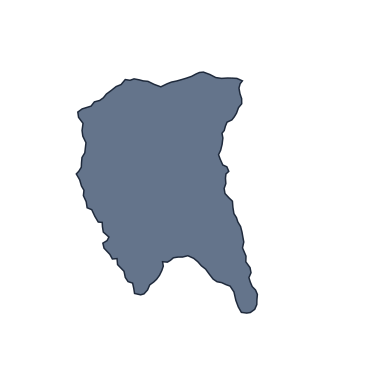 Arapuá, Minas Gerais, Brazil (Equal Earth projection), rotated 144°
{"feature_id": "56859067B22852370679078", "entity_name": "Arapuá", "entity_type": "district", "adm_level": 2, "iso_a3": "BRA", "parent_name": "Brazil", "parent_adm1": "Minas Gerais", "projection": "equal_earth", "projection_center": [-46.116, -19.025], "detail": "fine", "context": "isolated", "style": "filled", "palette": "slate", "viewbox_px": 384, "rotation_deg": 144, "n_neighbors": 0, "source": "geoboundaries", "source_scale": "gbopen_adm2", "svg_char_len": 1992}
<svg xmlns="http://www.w3.org/2000/svg" viewBox="0 0 384 384"><g transform="rotate(144 192 192)"><path d="M298.1,143.7L294.0,139.0L290.7,137.8L285.5,138.9L280.8,141.7L275.9,141.7L272.0,142.2L267.3,143.7L262.6,146.2L258.8,148.9L256.8,152.9L253.1,149.7L249.6,149.4L245.7,149.7L241.6,147.6L237.8,144.9L232.8,142.9L229.6,137.3L228.3,132.2L227.8,126.8L226.3,121.6L226.3,115.4L226.1,109.1L224.5,104.7L221.3,101.3L218.9,97.0L216.5,93.5L216.8,86.5L220.2,78.6L222.1,71.8L222.8,65.6L218.9,61.9L215.6,60.2L210.2,60.2L205.7,62.9L202.8,66.7L199.3,70.7L198.2,75.4L198.9,80.1L197.8,84.8L196.3,89.3L191.7,92.0L189.5,96.7L189.5,103.9L186.0,108.4L184.0,117.1L179.5,121.1L177.6,125.1L175.1,130.2L173.0,135.5L172.5,141.0L171.1,145.1L170.8,149.9L167.9,155.6L164.7,160.8L165.6,166.0L166.2,171.4L163.9,176.0L159.7,178.9L156.8,183.5L154.0,186.6L150.1,187.1L149.0,191.9L151.2,195.8L149.9,202.0L148.6,206.6L144.2,209.0L139.7,212.8L135.3,217.5L133.2,221.9L129.8,222.8L126.2,225.7L122.6,227.9L117.4,226.9L113.8,227.9L109.7,229.6L104.8,232.9L99.9,234.2L97.0,238.3L95.4,243.4L92.9,248.5L89.4,251.3L85.9,252.3L88.9,257.5L92.2,260.2L96.1,263.2L101.4,266.6L105.5,270.6L108.5,276.6L112.3,282.3L115.7,284.3L119.2,285.1L124.4,285.8L129.9,287.5L134.2,289.0L139.1,290.8L144.0,293.0L148.6,294.2L155.4,295.4L159.3,301.2L162.6,307.4L166.2,310.6L168.8,313.8L172.4,317.6L176.5,318.8L179.9,322.2L186.2,320.6L191.4,321.9L198.5,321.6L203.6,321.6L208.3,320.3L212.8,320.3L218.0,322.3L223.2,320.8L227.3,322.2L232.0,323.8L237.4,323.8L239.9,319.1L239.8,311.6L244.8,306.4L247.5,301.4L248.8,294.2L255.7,286.7L260.7,284.6L264.2,280.6L267.0,277.1L271.4,275.3L275.0,274.6L275.7,267.9L277.9,261.8L278.4,256.9L282.0,252.9L283.3,246.3L286.1,240.9L283.5,236.6L284.9,229.4L285.5,222.8L282.5,220.2L284.9,216.5L287.3,211.7L285.7,204.4L289.3,202.6L294.2,203.0L296.2,198.2L295.1,189.8L295.8,184.6L291.8,182.2L294.9,177.0L293.6,167.8L296.2,162.1L296.4,157.1L293.6,153.2L295.8,148.2L298.1,143.7Z" fill="#64748b" stroke="#1e293b" stroke-width="1.5"/></g></svg>